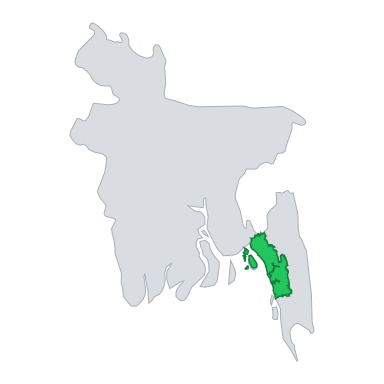 Chittagong, Chittagong, Bangladesh (highlighted)
{"feature_id": "16705992B94200136889214", "entity_name": "Chittagong", "entity_type": "district", "adm_level": 2, "iso_a3": "BGD", "parent_name": "Bangladesh", "parent_adm1": "Chittagong", "projection": "albers", "projection_center": [91.95, 22.424], "detail": "fine", "context": "in_parent", "style": "filled", "palette": "green", "viewbox_px": 384, "rotation_deg": 0, "n_neighbors": 0, "source": "geoboundaries", "source_scale": "gbopen_adm2", "svg_char_len": 9636}
<svg xmlns="http://www.w3.org/2000/svg" viewBox="0 0 384 384"><path d="M121.2,283.8L121.4,273.2L114.8,252.3L115.2,250.1L114.0,240.0L112.3,234.4L111.6,228.5L115.9,220.1L114.3,218.7L105.1,215.9L104.0,213.7L106.2,205.4L99.7,197.3L97.3,191.4L104.7,172.4L106.8,159.2L106.3,156.7L102.1,153.6L94.5,152.2L89.2,149.6L86.1,145.8L83.5,144.2L80.2,145.3L76.0,143.7L72.6,139.9L69.8,135.3L71.0,130.4L76.9,118.8L78.9,118.5L83.6,120.9L85.4,120.9L88.7,116.4L93.4,103.3L108.7,104.8L112.4,104.4L116.2,103.5L118.4,101.8L119.5,99.8L119.2,97.9L114.5,95.3L112.8,93.4L111.6,88.2L110.2,86.1L101.0,85.7L96.3,83.1L93.7,80.9L89.2,73.6L83.5,68.2L78.0,66.8L76.0,65.0L74.9,62.2L75.6,58.3L78.6,50.8L94.2,34.8L94.6,33.0L94.1,30.9L89.7,28.1L89.4,26.8L90.7,23.4L93.3,23.0L98.4,26.3L103.6,31.4L106.7,36.0L106.7,39.6L110.8,40.4L114.2,42.0L117.8,41.6L120.1,42.5L121.7,42.3L122.3,40.2L119.4,35.0L120.9,32.9L124.4,33.1L126.8,35.0L128.6,39.1L128.8,45.2L132.8,50.9L138.1,54.9L142.3,56.8L147.4,58.2L151.7,57.0L154.0,53.2L153.0,49.7L153.8,46.6L155.5,44.9L158.2,45.0L160.2,47.5L166.0,61.0L164.6,66.8L165.7,83.1L164.1,93.8L165.0,97.9L166.0,98.6L174.9,100.7L187.8,105.1L197.8,106.8L242.7,106.0L252.6,108.1L282.6,106.5L290.8,109.9L299.7,115.5L304.7,119.6L305.6,121.9L305.0,124.0L303.4,125.1L300.3,125.1L293.2,122.5L292.0,123.3L291.9,129.7L286.2,145.8L285.4,150.8L283.4,152.7L277.4,153.7L273.5,163.1L271.8,164.3L267.9,162.2L265.5,162.5L262.4,163.4L259.4,165.6L257.2,168.2L254.8,169.2L246.4,169.0L244.7,173.3L239.2,179.0L235.3,194.1L235.5,198.7L240.2,210.8L243.4,226.4L244.7,228.0L246.2,228.2L246.4,221.0L247.9,220.1L249.9,220.9L253.9,230.6L256.1,233.0L259.6,233.7L263.7,232.3L266.7,229.5L267.9,226.4L266.9,215.9L268.8,211.6L275.7,205.2L276.7,203.2L276.2,192.7L278.9,192.4L282.3,193.2L286.8,190.7L288.1,190.6L290.0,193.3L293.1,192.8L297.8,213.7L298.3,228.5L299.4,236.7L301.1,238.5L306.4,250.8L311.4,294.1L312.1,321.6L314.2,330.9L312.5,333.0L310.8,333.4L309.2,330.2L297.9,323.2L295.2,323.9L291.3,328.0L289.8,331.8L290.4,337.0L291.7,342.2L294.4,345.2L294.6,348.5L297.7,360.9L296.8,361.0L290.6,349.7L283.1,338.6L280.6,318.8L280.5,309.0L275.3,297.5L270.6,277.4L272.7,270.3L269.1,273.4L263.5,261.3L254.8,249.5L252.3,244.3L252.2,239.2L248.4,244.3L243.2,247.9L238.0,253.3L234.5,254.9L223.4,255.8L217.1,248.5L208.1,230.8L207.0,226.8L208.2,216.4L206.2,206.5L205.6,197.9L204.0,198.6L203.3,201.0L203.7,204.7L203.0,207.7L187.7,205.6L194.2,210.8L201.2,212.1L204.8,216.8L204.9,224.5L198.0,229.0L198.5,233.0L202.5,237.8L197.6,239.0L196.3,242.2L196.1,246.6L199.5,253.4L198.9,256.1L204.6,265.0L205.6,269.3L204.2,275.3L191.5,287.4L187.7,296.0L184.6,300.1L180.7,300.8L176.0,296.6L176.0,292.4L177.0,289.1L183.7,281.0L180.1,282.1L169.8,288.7L167.9,283.2L166.7,278.2L166.8,272.0L171.8,262.9L166.2,267.4L164.6,273.1L165.2,279.9L164.4,284.6L162.1,290.8L159.1,294.5L154.2,296.9L152.0,300.5L148.8,303.2L147.9,290.6L144.7,273.6L143.9,277.2L145.5,287.8L145.3,294.6L142.6,300.0L137.1,305.7L133.1,306.4L130.7,305.5L123.3,296.6L122.8,288.3L121.2,283.8ZM214.2,285.3L204.8,287.2L200.0,286.5L209.1,271.4L208.8,264.5L207.5,259.0L203.0,254.5L202.8,251.3L200.8,246.9L199.8,241.8L204.8,240.2L208.9,243.1L210.3,248.9L212.3,253.3L219.2,262.3L219.1,267.8L217.0,281.2L214.2,285.3ZM234.3,280.4L228.6,284.4L230.6,260.4L234.8,269.3L235.8,274.1L234.3,280.4ZM256.2,268.5L253.7,270.2L251.4,268.7L248.4,263.0L249.9,255.8L250.8,254.8L254.4,262.1L256.2,268.5ZM277.3,319.3L274.0,319.6L272.4,317.8L273.2,315.4L272.3,307.6L276.5,306.8L278.0,313.4L277.3,319.3ZM273.7,297.5L271.3,305.2L270.3,301.7L272.0,294.9L273.7,297.5ZM207.3,234.4L208.3,236.9L203.1,233.7L201.7,231.4L204.0,230.2L207.3,234.4Z" fill="#d9dde1" stroke="#a8b0b8" stroke-width="1"/><path d="M287.9,270.5L287.1,270.3L287.5,270.1L287.5,269.3L287.1,269.2L286.5,269.4L285.9,268.0L285.6,268.0L285.3,267.4L286.4,266.5L286.3,266.1L286.7,266.1L286.9,265.7L287.3,265.6L287.7,265.3L287.5,265.1L287.5,264.5L286.9,264.0L287.2,263.7L287.0,263.1L287.2,262.8L286.6,261.6L286.6,260.7L286.2,259.8L285.8,259.9L285.7,258.3L285.3,258.3L285.6,258.0L285.6,257.6L284.4,256.1L284.1,256.2L284.4,255.3L283.3,255.0L282.4,255.4L282.0,254.5L281.7,254.8L281.7,255.2L280.7,255.5L280.4,256.9L281.0,257.6L280.8,258.8L281.2,259.1L281.2,259.5L281.5,260.0L281.0,260.6L281.2,261.1L280.9,261.3L280.9,261.7L280.3,261.8L280.3,262.3L280.0,262.4L279.0,262.6L279.0,262.3L279.4,262.2L278.7,262.2L278.4,261.9L278.6,261.2L278.8,261.2L278.8,260.6L278.5,260.5L278.5,259.6L278.2,259.1L278.4,258.8L278.1,257.9L277.8,257.8L278.0,257.3L277.7,257.1L277.6,256.4L276.9,255.4L277.1,255.1L276.7,254.4L276.7,253.4L276.4,252.8L277.0,251.8L276.6,251.3L276.0,251.1L276.2,250.4L275.9,250.1L275.4,250.2L275.1,250.1L274.5,250.5L273.8,250.2L273.4,249.0L273.8,247.0L274.4,247.0L274.1,246.7L274.0,246.2L273.3,246.1L272.3,246.7L272.2,246.4L272.5,246.0L272.3,245.5L272.0,245.7L272.1,245.9L271.3,245.2L271.0,245.6L270.9,245.1L271.2,244.8L269.9,244.6L269.6,244.7L269.5,245.4L269.2,245.5L269.2,245.8L268.9,246.0L269.0,245.7L268.7,245.5L268.8,245.2L268.0,244.5L267.5,243.2L267.4,242.3L266.9,241.7L266.9,240.6L266.4,240.0L265.4,239.9L265.5,239.7L264.8,239.1L265.3,238.0L265.1,237.5L265.3,236.1L265.6,236.0L265.3,235.9L265.5,235.1L264.9,234.5L264.6,233.2L264.4,233.6L264.1,233.2L263.6,233.2L263.0,233.9L261.7,233.6L261.7,233.8L261.3,233.9L261.0,233.4L261.0,233.9L260.8,234.0L260.5,234.8L259.9,234.8L260.0,235.8L259.7,236.1L259.3,235.6L259.4,235.4L259.0,235.4L259.1,235.0L258.6,235.2L258.9,234.7L259.3,235.0L258.9,234.5L258.9,234.2L258.7,234.2L258.6,233.9L258.2,234.1L258.1,233.9L256.8,235.2L256.8,235.6L256.4,235.2L256.1,235.4L255.5,235.1L255.4,235.2L255.7,235.3L255.3,235.9L254.7,235.6L254.6,236.0L255.1,236.2L255.3,236.6L254.9,236.9L254.9,237.5L254.0,237.9L253.9,238.2L251.0,238.2L251.4,238.6L251.2,238.9L251.2,239.6L251.7,239.6L251.9,239.8L251.4,240.8L251.4,241.0L251.5,240.5L251.1,242.6L250.2,244.0L250.9,246.9L251.3,246.5L251.2,247.2L252.1,249.1L254.5,250.5L256.3,252.2L257.6,253.8L257.7,254.9L258.5,255.6L258.2,254.9L260.6,257.6L263.4,260.8L264.4,262.3L265.9,265.7L265.8,266.5L267.5,273.2L267.3,274.5L269.3,277.5L270.5,276.6L271.1,275.6L270.8,275.2L269.2,274.5L269.0,273.4L269.4,272.8L270.3,272.1L272.6,271.3L273.6,268.2L274.2,267.1L273.7,266.4L274.1,265.8L273.4,265.7L273.0,265.4L272.4,264.4L272.2,263.8L272.3,263.5L273.0,263.2L273.3,263.5L273.6,262.9L273.4,263.5L273.2,263.5L272.9,263.2L272.3,263.7L273.3,265.5L274.2,265.7L274.2,266.0L273.8,266.4L274.3,267.1L275.3,266.3L276.1,266.0L277.4,266.0L279.0,266.5L279.1,266.8L278.4,266.8L278.0,266.6L277.7,266.2L277.0,266.1L275.3,266.6L274.1,267.9L273.9,270.4L273.6,271.0L272.5,271.9L270.6,272.2L269.5,273.1L269.2,273.8L269.5,274.5L271.0,274.9L271.5,275.4L271.1,276.5L270.1,277.4L269.9,278.6L270.6,281.6L271.6,283.9L271.8,284.1L272.1,283.9L271.5,282.4L271.6,281.9L271.9,281.7L272.6,282.0L272.4,282.8L274.5,283.5L274.9,283.4L274.7,283.0L273.4,282.3L273.0,281.8L272.9,281.4L273.0,281.4L273.5,281.3L274.8,281.7L275.6,279.8L275.8,280.0L275.8,280.5L276.4,280.9L276.7,280.1L277.0,280.1L277.7,280.8L278.5,280.4L278.8,280.4L279.3,281.1L279.0,281.2L278.5,281.0L278.5,281.5L279.0,282.0L279.9,282.3L278.9,282.1L278.5,281.7L278.4,281.0L278.7,281.0L279.0,281.1L278.8,280.5L277.6,280.8L276.7,280.2L276.6,280.9L276.2,280.9L275.7,280.5L275.6,279.9L274.9,281.7L273.8,281.7L273.4,282.0L273.5,282.3L274.9,282.9L275.0,283.4L274.9,283.7L272.5,283.2L272.2,282.7L272.3,281.9L271.8,282.0L271.9,282.7L272.7,284.1L272.6,285.3L273.5,287.9L273.5,289.4L273.2,290.5L273.8,292.1L274.1,293.7L275.0,294.0L274.5,294.1L275.1,294.8L275.0,295.9L275.5,298.9L276.0,298.8L275.9,297.8L276.7,297.8L277.0,297.4L277.4,297.5L277.7,297.0L277.8,297.5L278.2,297.4L278.5,296.3L279.3,296.4L280.0,296.0L280.7,296.3L281.8,296.1L282.0,296.3L282.1,295.9L282.3,295.8L282.2,295.1L282.8,295.4L283.1,295.1L283.3,296.0L284.1,295.1L284.4,295.3L284.8,295.0L285.1,295.2L285.4,295.2L285.8,295.0L285.9,294.7L286.4,294.5L286.1,295.5L287.0,296.4L287.9,296.0L289.4,295.9L288.6,293.9L289.0,293.7L289.4,293.8L289.4,294.1L289.8,294.0L290.1,293.6L290.6,293.5L290.4,293.4L290.5,292.9L291.6,292.2L291.3,291.6L290.9,291.3L291.0,290.7L291.6,290.6L291.7,290.4L290.9,290.2L290.9,289.6L290.6,289.6L290.4,289.2L289.8,289.0L289.6,289.3L289.4,288.6L288.7,288.1L289.1,287.9L289.5,287.0L288.9,286.8L288.9,286.6L288.4,286.7L288.9,285.8L287.6,285.4L289.2,284.6L289.4,284.1L288.6,283.2L289.2,282.5L289.1,282.2L288.8,282.1L288.7,281.4L288.4,281.1L288.9,280.1L287.9,278.7L288.1,277.9L287.4,277.1L287.7,275.7L287.4,275.2L287.4,274.1L288.0,273.4L288.1,272.3L288.3,271.9L288.2,271.3L287.7,271.3L287.9,270.5ZM253.6,268.1L256.2,267.4L256.8,266.9L257.0,264.8L256.7,263.4L251.9,256.1L251.0,255.3L249.6,255.5L248.9,256.0L249.2,257.6L248.9,260.2L249.8,263.0L252.1,267.4L253.6,268.1ZM243.4,252.8L244.0,253.3L247.2,254.2L247.6,253.9L248.4,251.1L247.5,250.0L247.1,249.8L246.8,250.0L247.0,249.5L246.4,249.0L244.5,248.1L245.1,249.0L244.8,250.8L244.3,251.8L243.4,252.8ZM248.0,266.2L247.4,266.0L245.3,268.7L245.3,269.1L247.3,268.9L247.7,268.5L247.6,268.1L248.1,268.4L248.3,267.5L248.0,267.1L248.1,266.7L247.9,266.6L248.0,266.2ZM244.2,257.7L245.1,257.7L245.0,257.2L245.3,257.2L245.2,256.7L244.9,256.7L245.3,256.5L245.3,255.8L245.1,255.6L244.8,255.1L244.4,255.3L244.4,255.8L244.3,255.1L243.7,255.1L243.1,255.6L244.2,257.7ZM244.5,259.8L244.8,259.0L244.7,259.8L245.3,260.0L245.4,258.9L245.4,258.6L244.9,258.5L245.3,258.3L245.2,257.9L244.2,257.8L244.5,259.8ZM273.1,271.3L273.8,270.5L273.7,269.9L273.3,270.2L273.1,271.3ZM273.2,281.9L273.5,281.4L273.1,281.4L273.0,281.7L273.2,281.9ZM278.6,266.7L278.3,266.4L277.8,266.3L278.1,266.6L278.6,266.7ZM245.5,255.7L245.3,255.2L245.1,255.2L245.1,255.5L245.5,255.7ZM244.6,260.5L244.8,260.6L244.6,260.0L244.6,260.5Z" fill="#22c55e" stroke="#15803d" stroke-width="1.5"/></svg>